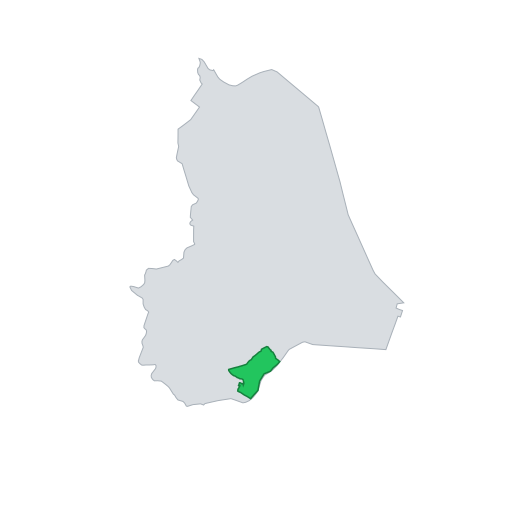 Al-Baaj, Ninawa, Iraq (highlighted), rotated 215°
{"feature_id": "34846034B31604409144822", "entity_name": "Al-Baaj", "entity_type": "district", "adm_level": 2, "iso_a3": "IRQ", "parent_name": "Iraq", "parent_adm1": "Ninawa", "projection": "mercator", "projection_center": [41.748, 35.687], "detail": "fine", "context": "in_parent", "style": "filled", "palette": "green", "viewbox_px": 512, "rotation_deg": 215, "n_neighbors": 0, "source": "geoboundaries", "source_scale": "gbopen_adm2", "svg_char_len": 5360}
<svg xmlns="http://www.w3.org/2000/svg" viewBox="0 0 512 512"><g transform="rotate(215 256 256)"><path d="M213.4,103.9L216.6,103.1L222.4,98.1L225.9,93.5L227.0,93.1L230.1,94.6L232.3,95.0L237.4,93.3L240.4,94.2L243.0,95.4L244.4,95.4L251.3,98.3L253.0,98.7L256.5,99.0L261.8,99.2L265.2,97.3L267.6,95.5L269.3,95.5L270.9,96.0L272.3,96.7L273.4,98.1L274.0,100.0L273.7,106.2L274.3,107.9L275.2,109.0L276.4,109.3L277.8,107.9L280.3,106.0L283.4,103.8L285.7,101.9L287.0,101.1L289.1,101.2L291.1,101.6L292.2,102.5L292.2,102.8L293.3,105.7L296.0,116.6L297.5,117.9L299.3,119.1L300.5,120.7L301.0,122.3L300.9,124.8L300.9,127.7L301.6,130.0L302.6,131.7L303.6,132.5L305.0,132.6L306.7,133.0L307.8,134.7L311.4,146.9L311.7,148.5L313.3,149.0L315.7,148.8L318.3,150.0L321.0,152.0L323.6,155.7L325.3,156.3L330.7,155.8L338.1,156.4L341.6,158.3L341.3,159.5L338.6,160.8L333.9,162.3L332.5,164.9L331.7,168.3L331.8,170.2L333.0,172.3L336.3,176.5L336.5,178.0L337.1,180.1L337.7,181.5L337.0,184.2L334.0,186.1L330.1,188.2L322.1,197.4L321.5,199.4L321.6,204.8L320.8,206.4L318.3,206.3L316.3,206.0L316.2,207.9L314.9,210.5L314.2,212.7L317.2,217.8L317.7,220.6L317.2,223.1L314.5,227.4L312.9,230.3L313.3,230.9L315.4,232.0L322.0,241.5L324.1,244.8L326.9,243.9L327.9,244.0L328.7,244.5L329.2,245.6L329.2,247.0L328.5,249.1L332.0,250.0L333.3,252.1L337.4,259.4L337.3,261.6L335.3,265.0L335.3,267.3L335.7,269.3L336.4,270.0L342.4,270.3L345.0,271.2L351.3,274.9L358.5,280.6L364.4,285.2L369.4,289.2L374.8,288.9L376.2,289.6L377.6,290.8L379.1,294.1L382.2,301.4L384.8,303.8L388.8,309.7L392.6,315.2L390.1,322.6L387.7,330.3L387.7,340.2L387.7,345.6L392.8,345.8L398.5,346.0L398.6,352.4L398.6,358.8L398.7,366.0L400.3,366.3L403.0,367.9L404.1,370.2L405.6,371.5L407.3,371.7L409.0,372.9L410.7,375.0L411.3,376.5L410.9,377.6L411.2,379.5L412.4,382.3L413.8,383.5L416.1,385.1L413.1,386.0L409.8,385.3L402.8,382.1L400.6,382.0L397.6,383.2L397.5,384.3L390.1,380.8L387.5,380.1L386.5,380.0L382.3,380.0L376.3,380.7L372.7,382.1L370.3,383.6L369.2,385.1L368.8,385.9L366.8,390.4L364.6,396.0L362.3,401.1L357.9,408.3L355.4,411.6L350.1,417.7L344.3,418.9L331.0,417.7L316.2,416.4L301.5,415.1L290.6,414.1L289.8,413.7L279.0,405.0L270.4,398.0L259.7,389.4L248.8,380.5L237.8,371.5L229.7,364.9L220.0,356.4L211.1,348.7L204.1,342.6L195.1,337.2L188.0,333.0L177.8,326.9L169.6,322.0L162.6,317.8L151.8,311.4L148.2,309.6L137.0,307.4L126.4,305.6L115.4,303.7L108.1,302.4L112.9,297.8L111.4,293.7L107.9,294.4L104.7,295.4L102.7,288.9L105.2,288.1L102.9,279.7L100.6,270.9L98.3,262.5L95.9,253.8L105.2,248.3L112.1,244.1L121.8,238.2L131.2,232.6L140.1,227.2L149.9,221.3L158.7,216.0L166.7,213.8L168.4,212.1L172.1,204.8L175.2,198.6L175.4,197.1L175.4,188.3L176.0,177.8L177.0,172.2L178.8,167.3L180.5,163.6L180.6,160.2L180.4,156.8L178.7,151.6L176.9,146.1L177.1,140.9L177.4,138.1L178.6,133.6L180.5,130.3L182.5,128.2L190.2,126.1L194.7,124.8L200.8,119.0L204.4,115.5L209.4,110.0L213.1,105.9L213.4,104.5L213.4,103.9Z" fill="#d9dde1" stroke="#a8b0b8" stroke-width="1"/><path d="M206.6,145.2L206.4,145.2L205.5,145.2L204.6,145.6L203.3,145.7L202.1,145.7L201.6,145.6L200.8,146.0L200.7,146.0L200.4,146.1L199.8,146.1L199.2,146.1L198.8,146.2L198.5,146.4L198.1,146.6L197.8,146.8L197.3,147.1L197.0,147.2L196.7,147.2L196.3,147.3L195.7,147.3L195.4,147.1L195.0,146.7L194.6,146.3L194.4,146.2L194.0,145.9L193.8,145.7L193.6,145.5L193.4,145.3L193.2,145.1L192.9,144.7L192.7,144.1L192.5,143.5L192.4,143.1L192.6,143.3L193.2,143.7L193.5,143.8L193.8,143.9L194.1,143.3L194.2,143.2L195.0,143.2L195.7,143.2L196.1,143.1L196.3,142.9L196.6,142.8L196.8,142.7L196.6,142.1L196.5,141.7L196.4,141.4L196.1,140.9L196.1,140.6L196.1,140.0L195.6,139.9L195.3,139.7L195.1,140.0L194.8,140.4L194.7,140.2L194.6,139.8L194.6,139.7L194.5,139.3L194.5,138.7L194.4,137.9L194.4,137.3L194.3,136.9L194.4,136.6L194.3,136.4L194.0,135.9L193.8,135.5L193.5,134.9L193.1,134.9L192.3,135.0L192.0,135.0L191.8,135.0L191.7,135.1L191.3,135.2L190.7,135.3L190.2,135.4L189.7,135.4L188.8,135.4L188.2,135.4L187.7,135.4L187.1,135.4L186.7,135.4L186.3,135.4L185.6,135.5L185.3,135.5L184.8,135.6L184.4,135.6L184.0,135.7L183.4,135.8L183.2,135.8L182.9,135.8L182.1,135.9L181.6,135.9L181.2,135.9L180.9,135.9L180.2,136.0L179.6,136.0L179.2,136.0L178.5,136.1L178.4,138.1L178.2,139.7L178.1,141.2L177.8,143.1L177.6,145.0L177.4,146.5L177.3,146.9L177.7,147.9L179.0,150.5L181.3,155.7L181.6,160.5L181.8,164.0L181.5,164.6L180.1,166.7L178.1,169.9L177.9,173.1L177.9,173.7L177.7,174.7L176.9,177.5L176.5,179.1L176.2,180.8L176.0,183.1L176.8,183.2L178.0,183.4L178.9,183.4L180.4,183.4L181.2,183.4L182.1,184.4L182.5,184.8L183.6,185.2L184.2,185.6L185.3,186.1L185.8,186.4L187.1,186.9L188.5,186.6L188.9,186.5L189.4,187.2L189.6,187.4L190.0,187.4L190.4,187.3L193.2,188.1L193.8,188.3L194.1,188.4L194.3,188.3L194.5,188.2L195.3,187.9L195.8,186.9L196.5,185.7L197.0,184.7L197.6,183.6L198.0,182.7L197.3,181.0L197.7,180.2L198.1,179.6L198.4,179.0L198.4,178.8L198.7,177.8L198.9,177.0L199.0,176.4L199.5,174.6L199.7,173.8L199.9,173.3L200.2,172.5L200.5,171.9L200.4,168.4L200.6,168.0L200.9,167.4L201.1,167.0L201.4,166.0L201.5,165.4L201.5,165.2L201.6,163.6L201.6,162.1L202.3,161.0L203.6,159.3L204.8,157.7L205.9,156.4L207.1,154.8L208.3,153.5L209.5,152.1L211.2,150.0L213.0,147.8L213.3,147.4L212.6,146.5L212.0,146.3L211.2,146.1L210.5,145.7L210.3,145.7L209.7,145.6L209.3,145.4L209.0,145.4L208.7,145.3L208.0,145.3L207.4,145.2L207.1,145.2L206.6,145.2Z" fill="#22c55e" stroke="#15803d" stroke-width="1.5"/></g></svg>